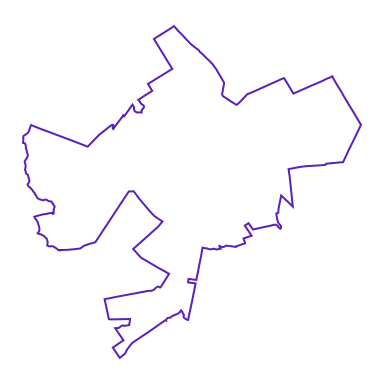 the district of Botoroaga, Teleorman, Romania
{"feature_id": "2599482B64506943776635", "entity_name": "Botoroaga", "entity_type": "district", "adm_level": 2, "iso_a3": "ROU", "parent_name": "Romania", "parent_adm1": "Teleorman", "projection": "orthographic", "projection_center": [25.528, 44.138], "detail": "fine", "context": "isolated", "style": "outline", "palette": "violet", "viewbox_px": 384, "rotation_deg": 0, "n_neighbors": 0, "source": "geoboundaries", "source_scale": "gbopen_adm2", "svg_char_len": 5819}
<svg xmlns="http://www.w3.org/2000/svg" viewBox="0 0 384 384"><path d="M58.9,250.1L58.8,249.9L62.8,250.0L69.0,249.7L76.4,249.0L80.4,248.4L84.1,245.7L89.4,243.9L95.3,242.3L123.6,199.3L128.0,192.7L128.8,191.5L133.8,191.3L138.9,198.3L143.5,203.8L151.3,212.9L154.8,216.4L162.5,221.5L158.2,226.6L133.2,249.0L141.0,257.7L157.0,267.1L169.1,273.8L160.6,287.3L160.3,287.5L158.0,286.5L156.1,287.6L153.6,289.9L151.5,290.8L148.1,290.9L120.2,296.1L104.6,299.2L108.9,319.2L111.9,319.4L130.0,319.0L129.9,320.5L129.2,325.1L124.3,325.9L123.5,325.4L121.5,325.8L118.6,328.0L115.2,328.2L122.8,339.4L123.5,340.3L112.8,347.6L119.8,357.9L120.2,357.6L125.0,353.7L126.7,350.2L130.1,345.4L131.8,343.5L132.9,342.5L140.5,337.3L151.8,329.7L163.3,321.6L164.4,321.0L164.8,320.4L165.5,320.2L166.2,320.5L166.1,319.9L166.5,319.2L167.1,318.4L167.8,317.9L169.5,317.7L170.7,317.5L171.6,316.6L172.2,316.2L172.7,315.8L173.1,315.7L173.9,315.4L174.6,314.8L175.5,314.8L176.3,314.3L178.5,313.3L179.2,312.8L179.8,312.1L180.2,311.9L180.3,311.7L180.2,311.4L180.4,311.0L180.8,310.5L181.2,310.4L181.5,310.7L181.6,311.0L182.3,311.8L182.3,312.1L182.7,312.8L183.0,313.9L183.4,314.4L183.9,314.8L183.9,315.4L183.5,316.5L183.8,317.5L184.2,317.9L185.9,319.1L186.5,319.3L186.9,319.6L188.1,319.9L188.7,317.0L189.6,312.4L190.0,311.5L190.1,310.4L191.0,306.4L195.6,283.4L188.1,282.4L188.5,278.9L196.3,280.0L197.5,273.9L198.0,271.9L199.9,261.8L200.6,258.6L202.6,247.7L203.0,247.9L206.8,248.4L207.6,248.6L208.0,248.8L209.0,249.2L210.1,249.3L212.2,249.1L213.2,248.8L214.1,248.7L214.2,248.9L216.8,249.5L217.7,249.3L219.5,248.8L220.7,248.7L220.4,248.2L219.8,247.1L219.4,245.9L219.6,245.8L220.0,246.4L220.4,246.8L222.2,246.8L223.2,247.0L223.5,247.0L224.1,246.8L225.8,245.8L226.5,245.6L235.8,246.9L235.8,246.5L236.0,246.4L237.3,246.0L242.9,244.0L243.8,243.8L244.4,243.5L245.1,243.4L245.2,243.2L244.5,241.1L243.9,240.0L243.5,238.5L251.6,235.7L244.8,225.6L248.2,223.4L248.6,223.2L249.8,224.9L250.6,226.2L253.0,229.5L264.7,226.9L269.9,225.8L275.1,224.6L275.6,224.7L276.9,225.5L277.6,225.8L278.5,227.2L280.3,228.8L280.6,228.7L280.8,228.3L280.7,227.5L281.1,226.7L281.1,226.2L280.4,225.2L279.1,223.9L278.2,222.6L277.9,222.0L277.7,220.9L277.0,218.8L276.8,216.7L276.5,215.5L276.5,214.6L276.4,213.3L277.1,213.2L278.3,212.7L278.3,211.6L278.5,209.4L278.6,208.3L281.2,195.5L292.8,206.5L289.5,175.1L289.0,172.8L288.6,169.1L300.4,166.9L304.8,166.3L324.9,165.0L325.3,164.9L325.7,164.0L326.6,163.7L340.8,162.3L343.1,162.2L343.6,161.1L347.3,153.1L348.5,150.5L353.8,139.8L358.9,129.2L360.3,126.2L361.0,124.5L360.7,124.3L360.2,123.6L354.1,113.2L349.0,104.9L344.7,97.7L340.8,90.8L338.3,86.9L335.5,82.2L332.8,77.6L332.3,76.3L330.8,77.1L326.9,78.7L321.4,81.4L309.2,86.6L293.4,93.6L286.9,82.7L284.2,78.3L284.0,78.1L283.7,78.1L270.5,84.0L253.6,91.6L247.5,94.2L247.4,94.1L247.1,94.4L245.9,95.7L241.1,100.8L238.4,103.4L237.0,104.6L236.6,104.9L229.1,100.3L229.2,100.2L223.0,96.2L222.6,95.6L222.2,94.6L222.1,94.2L222.2,93.6L224.0,83.9L224.1,83.3L224.0,82.6L220.9,77.2L217.9,72.2L216.1,69.0L212.5,64.1L209.1,60.5L207.4,59.1L205.4,57.1L203.1,54.7L199.8,51.8L199.4,51.3L199.0,50.6L198.7,50.3L198.2,49.7L197.6,49.3L197.1,49.1L195.4,47.6L194.3,46.9L191.9,45.0L190.9,44.1L186.4,39.5L180.9,33.5L178.4,31.1L174.0,26.1L169.4,29.2L153.9,39.0L156.1,42.4L160.1,49.1L161.9,51.9L165.6,58.1L172.3,68.9L148.0,83.9L149.2,85.9L152.2,90.9L143.0,96.7L138.3,99.9L138.8,100.2L139.0,100.6L140.0,101.8L140.1,102.4L140.8,103.1L141.2,103.7L141.8,104.3L143.4,105.3L143.6,105.6L143.9,106.2L144.0,106.5L144.0,107.1L143.7,107.7L143.5,108.1L143.0,108.4L142.6,109.3L141.9,109.8L141.7,110.1L141.5,110.4L141.5,111.1L141.6,112.3L141.6,112.5L141.2,112.5L139.8,112.4L137.0,112.5L136.7,112.4L135.1,111.4L134.9,111.2L134.4,110.5L134.0,109.2L133.9,108.5L134.2,107.7L132.5,104.7L130.8,107.0L126.0,113.8L124.1,116.4L123.9,116.5L123.2,115.3L121.5,117.8L115.4,125.9L113.2,129.0L112.8,128.6L112.6,127.8L112.7,127.5L112.8,127.3L112.9,127.0L113.3,126.2L113.3,125.2L113.2,124.9L111.8,125.0L111.1,125.5L110.9,125.5L99.3,134.7L96.6,137.4L87.7,146.7L73.1,141.0L40.7,128.9L31.1,125.1L30.4,126.7L29.2,130.4L28.3,132.2L27.7,133.0L27.1,133.6L23.6,135.9L23.4,136.2L23.2,137.1L23.4,139.5L23.0,142.9L25.0,143.4L25.5,144.7L25.9,146.4L25.9,148.5L26.1,149.1L26.5,149.9L26.8,150.9L27.0,152.3L27.8,154.7L27.9,155.2L27.7,156.1L27.2,157.4L25.6,160.0L24.7,161.1L24.6,161.5L24.7,162.1L25.0,162.8L25.7,165.9L25.7,166.5L25.2,168.7L25.1,169.6L25.1,170.0L25.7,171.6L26.1,173.0L26.2,173.5L27.7,174.7L28.0,175.1L28.1,175.4L28.2,176.2L28.5,177.4L29.3,180.0L29.4,181.1L29.2,181.6L28.7,182.8L27.6,184.2L27.6,184.8L28.4,186.1L29.5,187.2L30.0,187.5L30.8,188.1L31.0,188.5L31.3,189.0L32.5,190.1L33.1,191.3L34.4,192.9L34.8,193.3L34.9,193.9L35.8,195.1L36.1,195.8L36.5,196.5L37.1,197.7L37.2,197.8L39.2,199.2L40.3,199.4L41.1,199.8L41.8,199.9L42.7,200.3L43.6,200.2L44.0,199.9L45.2,199.7L46.6,199.7L46.8,200.0L48.6,201.1L49.4,201.2L50.3,201.5L50.9,201.4L51.3,201.5L51.5,201.7L52.2,202.8L52.9,203.4L52.9,203.7L52.9,204.1L53.0,204.4L53.6,204.8L53.8,205.2L54.0,205.5L54.4,206.0L54.6,206.3L54.6,206.7L54.4,207.5L54.0,208.2L54.0,208.6L53.9,209.0L53.9,209.6L53.6,210.0L53.7,210.8L53.6,211.3L53.7,212.9L53.8,213.1L53.0,214.0L52.7,213.9L52.1,213.2L51.8,212.9L51.2,212.9L50.5,213.0L45.7,214.0L43.5,214.3L41.7,214.7L35.3,216.4L34.4,216.8L34.7,217.2L34.7,217.7L35.0,218.1L35.9,219.3L37.6,221.8L38.1,223.8L39.1,226.7L39.4,228.9L39.3,230.6L39.2,231.0L38.8,231.8L37.7,233.0L37.6,233.3L38.9,233.9L40.3,234.1L40.8,234.3L41.4,234.7L42.1,235.0L43.1,235.5L43.9,236.0L46.0,238.1L46.6,238.6L46.9,239.6L47.0,239.9L47.1,240.2L47.4,240.7L47.6,241.8L47.7,242.4L47.6,243.1L47.2,245.2L47.3,245.5L47.5,245.7L48.9,246.3L49.6,246.4L51.8,246.1L52.8,246.3L53.1,246.4L53.6,246.8L54.2,246.9L54.4,247.1L54.6,247.4L55.0,247.5L55.3,247.8L56.4,248.4L57.3,249.1L57.7,249.7L58.9,250.1Z" fill="none" stroke="#5b21b6" stroke-width="2"/></svg>